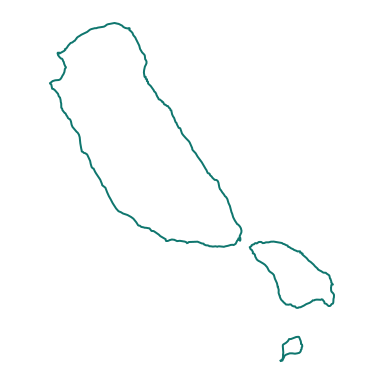 outline of Nguna, Shefa, Vanuatu
{"feature_id": "77236927B53678457839449", "entity_name": "Nguna", "entity_type": "district", "adm_level": 2, "iso_a3": "VUT", "parent_name": "Vanuatu", "parent_adm1": "Shefa", "projection": "orthographic", "projection_center": [168.363, -17.466], "detail": "fine", "context": "isolated", "style": "outline", "palette": "teal", "viewbox_px": 384, "rotation_deg": 0, "n_neighbors": 0, "source": "geoboundaries", "source_scale": "gbopen_adm2", "svg_char_len": 5909}
<svg xmlns="http://www.w3.org/2000/svg" viewBox="0 0 384 384"><path d="M62.5,110.2L64.7,113.0L65.3,113.2L66.0,114.3L66.5,115.5L67.3,116.4L67.9,117.9L69.1,118.9L69.7,119.1L70.4,120.0L71.0,121.6L71.6,124.7L72.5,126.9L76.6,131.8L77.6,132.6L78.9,134.6L79.7,137.3L80.3,143.3L81.3,149.0L81.6,150.0L81.7,151.1L82.0,151.6L82.9,151.9L83.7,152.8L85.5,153.3L85.9,153.7L86.7,154.1L87.4,155.0L90.1,160.9L90.7,163.9L91.6,167.0L92.6,168.2L93.6,168.6L95.0,171.6L96.0,173.3L100.2,179.6L101.9,183.8L102.3,185.3L105.4,187.7L107.1,192.2L108.9,196.2L110.4,198.8L112.7,203.2L116.1,208.5L118.5,211.2L121.1,212.3L123.0,213.5L127.5,215.0L131.1,217.0L133.4,218.7L136.3,222.3L138.1,225.2L138.5,225.5L139.8,225.7L141.3,226.9L143.8,227.4L144.5,227.7L146.2,227.8L149.5,228.4L151.5,230.9L153.6,231.1L154.3,231.5L158.8,234.6L160.3,236.1L165.6,239.2L165.7,240.1L166.2,241.0L167.5,241.0L168.5,240.7L169.7,240.1L171.9,239.5L174.3,239.8L177.1,241.1L179.8,240.8L184.8,241.6L186.2,242.2L187.0,243.1L187.4,243.0L188.1,242.7L188.5,242.2L189.4,242.0L197.6,241.7L201.7,243.4L203.6,243.7L204.1,244.5L206.0,245.3L207.7,245.4L208.7,245.7L209.3,246.2L211.0,246.3L212.9,246.6L215.5,246.3L217.4,246.7L218.1,246.4L219.2,246.3L223.9,246.8L225.5,246.3L228.0,245.8L230.9,244.9L232.7,244.8L233.4,245.0L234.3,244.7L235.7,243.7L237.1,240.8L237.9,239.9L238.5,238.4L239.0,238.2L239.4,240.2L239.9,240.6L240.1,240.6L240.4,239.9L240.3,238.0L239.7,236.6L239.7,236.1L240.1,235.2L241.3,232.6L241.5,230.8L240.9,228.3L239.9,226.5L238.3,224.7L237.2,224.1L234.9,220.6L233.2,217.3L232.1,213.5L231.5,212.2L229.9,206.0L228.5,203.0L227.4,199.2L226.2,197.2L224.9,196.1L223.9,194.4L222.3,192.4L220.7,189.9L220.0,189.2L219.3,187.2L218.5,182.9L217.9,181.3L217.2,180.5L216.4,180.0L214.6,179.8L214.4,179.6L212.4,177.7L211.6,176.5L210.2,175.3L209.6,173.9L209.0,173.4L208.4,173.4L207.6,172.8L206.4,170.0L205.7,169.0L201.8,162.3L197.6,156.6L195.7,153.3L192.7,150.1L192.3,149.3L192.2,148.2L192.0,147.7L189.7,142.5L188.9,141.3L185.9,138.2L183.4,135.4L182.0,133.5L180.3,128.5L179.9,128.1L178.7,127.8L177.0,124.5L176.4,122.8L175.8,122.4L175.4,121.7L174.1,117.9L173.0,116.3L172.1,114.3L171.3,110.5L170.9,110.4L170.5,110.1L170.3,109.1L170.0,108.5L169.2,108.0L167.9,106.1L166.8,105.9L165.4,104.7L164.6,104.6L163.9,103.9L163.2,102.2L162.3,102.0L161.7,100.9L160.4,100.1L159.8,99.5L159.0,99.4L158.5,98.9L158.0,97.5L157.2,96.6L157.0,95.8L156.4,94.8L156.3,94.1L155.4,92.4L154.2,91.4L153.7,90.2L150.8,86.1L148.1,83.5L148.0,81.8L147.9,81.6L147.0,81.2L146.9,81.0L146.9,80.2L147.0,80.0L147.0,79.4L145.8,78.8L145.7,77.0L145.5,76.8L144.7,76.9L144.5,76.6L143.9,72.6L144.1,70.2L144.9,66.6L145.9,64.7L146.5,63.2L146.5,61.6L146.1,60.5L145.2,59.2L144.8,55.7L144.6,55.1L143.8,54.1L142.1,52.4L140.1,49.0L139.2,45.5L135.8,38.7L135.3,37.5L133.4,35.3L132.5,33.0L131.3,31.6L129.4,30.0L129.4,29.7L129.6,29.3L129.6,28.4L129.4,28.2L128.4,28.2L127.9,28.5L125.4,28.0L123.4,27.0L122.2,25.7L118.9,24.0L114.4,23.0L108.1,24.2L106.6,24.8L105.6,25.7L104.3,26.5L103.2,26.8L98.0,27.6L96.2,28.2L94.8,28.2L91.3,29.1L89.8,29.8L87.2,31.9L81.4,34.7L79.3,36.1L78.2,36.7L76.8,37.8L76.5,38.6L76.0,39.0L74.9,40.6L73.7,41.3L72.4,42.4L70.6,43.0L68.3,45.5L66.8,47.8L65.8,48.8L65.0,49.2L65.2,49.9L64.0,51.0L59.8,53.3L59.6,53.4L59.1,52.7L57.8,52.8L57.6,53.2L58.1,55.2L59.2,56.7L60.8,58.4L61.9,58.7L62.6,59.5L63.0,60.8L63.7,61.9L64.3,64.2L65.3,66.4L65.9,67.2L65.8,67.7L64.9,68.9L64.4,72.0L63.3,74.5L62.6,75.4L61.5,77.6L60.3,79.3L58.8,80.0L55.2,80.3L52.6,81.1L50.0,83.2L50.1,83.6L51.0,84.2L51.3,84.6L52.1,88.5L52.3,88.8L53.5,89.0L54.2,89.7L54.9,90.2L58.0,93.8L58.8,96.3L60.0,97.6L60.6,100.1L60.8,102.1L61.2,103.4L61.3,107.7L62.1,108.6L62.5,110.2ZM286.0,304.5L288.7,304.7L289.8,304.4L290.8,304.4L292.1,305.7L293.4,306.3L295.0,306.4L295.6,307.2L296.5,307.8L297.9,307.9L298.8,307.4L300.6,307.2L303.9,305.6L306.3,304.1L309.7,302.8L311.9,301.3L312.7,300.4L314.0,300.4L314.9,299.9L316.8,299.6L320.9,299.8L321.4,299.4L321.7,299.3L322.6,299.6L323.3,300.7L324.1,301.4L324.6,303.3L326.5,304.0L327.8,305.4L328.7,306.0L329.8,306.0L330.5,305.6L331.6,304.1L332.9,303.5L333.3,302.4L333.5,298.9L333.9,297.4L334.0,295.3L333.9,294.6L333.2,293.4L331.5,291.6L331.1,290.3L331.0,287.5L331.2,286.8L331.3,285.3L331.5,284.9L332.7,284.6L332.8,284.4L331.5,282.7L331.3,282.6L331.3,281.5L330.4,278.8L330.0,278.5L329.4,275.8L329.0,275.2L326.5,273.5L325.8,272.8L323.3,272.6L321.2,271.2L319.2,270.2L317.8,269.3L317.7,268.7L315.1,266.4L313.5,264.5L310.6,261.9L308.7,260.7L306.6,258.1L302.7,254.8L302.6,253.9L301.9,253.9L301.7,253.7L301.6,252.9L301.5,252.7L300.2,252.6L300.0,251.4L299.6,251.3L297.4,251.4L296.6,250.9L294.0,249.9L293.1,249.2L290.9,248.2L289.4,247.1L288.2,246.8L287.6,245.6L286.3,245.2L284.2,244.1L283.2,243.9L281.9,243.0L273.7,241.6L270.9,241.7L268.8,242.3L266.1,242.3L264.2,243.0L262.8,243.1L261.2,242.0L259.8,241.9L258.6,242.1L257.2,243.2L256.7,243.4L255.9,243.1L254.8,243.4L254.1,244.2L253.1,244.5L251.7,245.2L251.4,246.1L249.8,247.2L249.9,247.7L250.2,248.1L250.6,249.2L252.0,250.2L252.5,251.3L252.9,251.9L252.8,253.2L253.1,253.5L253.9,253.6L254.8,254.6L255.4,256.9L256.0,257.9L256.8,259.5L258.5,260.9L259.5,261.3L263.5,263.7L265.1,264.9L267.2,267.3L268.9,270.7L270.6,272.3L271.3,272.6L272.9,273.9L273.9,275.1L274.9,278.7L277.0,283.3L277.7,286.9L278.0,286.9L278.0,287.3L278.7,289.9L278.6,292.9L279.1,294.5L279.7,296.1L279.8,296.1L279.8,296.6L280.5,298.5L281.5,300.1L283.2,301.7L283.6,302.4L284.3,302.8L286.0,304.5ZM280.5,360.6L280.7,361.0L281.3,360.9L282.4,360.5L284.1,357.0L284.4,355.9L286.0,354.7L289.8,353.3L291.9,353.3L295.0,353.7L297.5,353.3L299.3,352.8L300.2,352.0L300.8,350.9L300.9,349.9L301.4,349.4L301.6,348.8L301.7,347.4L302.2,346.7L302.2,345.5L302.0,344.6L301.0,343.9L301.0,342.4L300.7,341.0L299.1,337.1L298.3,336.8L296.2,337.0L291.0,339.0L289.1,339.1L288.1,340.8L287.4,341.6L285.9,342.9L283.4,344.4L282.9,345.0L282.8,346.1L283.3,352.6L283.0,355.0L283.1,356.0L282.8,358.2L282.2,359.6L280.5,360.6Z" fill="none" stroke="#0f766e" stroke-width="2"/></svg>